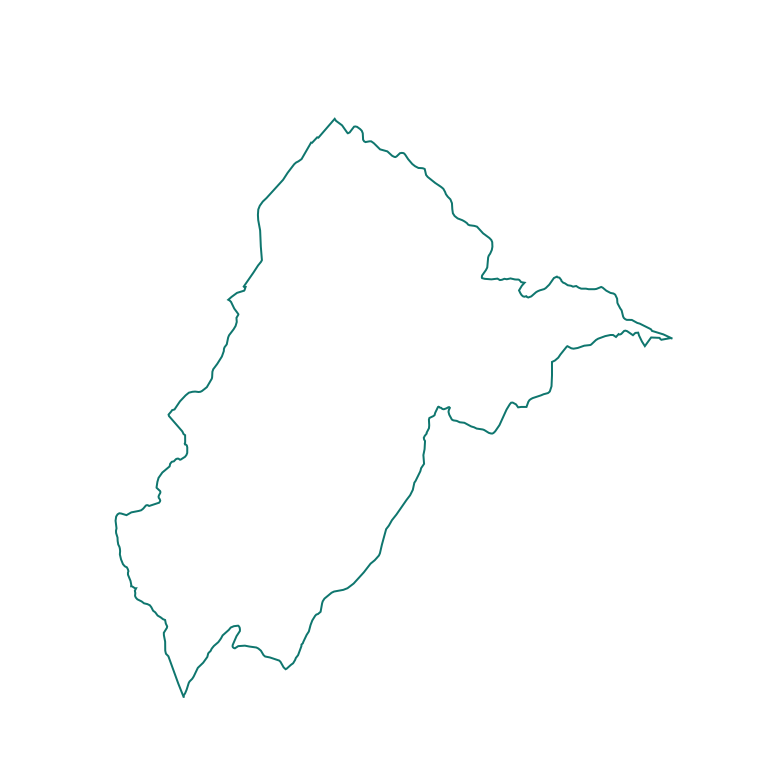 the district of Cucunubá, Cundinamarca, Colombia, rotated 349°
{"feature_id": "7082276B75127006220699", "entity_name": "Cucunubá", "entity_type": "district", "adm_level": 2, "iso_a3": "COL", "parent_name": "Colombia", "parent_adm1": "Cundinamarca", "projection": "robinson", "projection_center": [-73.78, 5.231], "detail": "fine", "context": "isolated", "style": "outline", "palette": "teal", "viewbox_px": 768, "rotation_deg": 349, "n_neighbors": 0, "source": "geoboundaries", "source_scale": "gbopen_adm2", "svg_char_len": 6138}
<svg xmlns="http://www.w3.org/2000/svg" viewBox="0 0 768 768"><g transform="rotate(349 384 384)"><path d="M386.2,114.3L366.6,129.7L365.5,129.1L359.4,133.5L358.5,133.1L346.0,147.5L342.5,149.1L340.0,149.8L337.8,151.1L329.8,158.2L323.9,164.3L304.2,179.0L299.8,181.8L296.1,185.3L293.9,188.7L292.5,193.9L291.8,199.1L291.7,209.7L289.3,225.6L287.8,239.1L286.7,240.5L283.0,243.6L277.2,249.6L264.9,261.6L265.4,262.3L266.6,262.4L265.1,265.1L264.5,265.7L257.1,266.5L251.0,269.4L247.2,271.6L248.4,272.6L249.5,274.2L251.4,281.4L254.3,287.5L254.3,288.1L251.8,290.9L251.3,295.0L249.4,298.7L246.8,301.6L241.2,306.6L239.9,308.6L237.2,315.1L234.5,317.5L233.6,319.0L233.0,321.2L230.1,326.1L224.2,332.4L219.2,336.9L217.9,339.2L216.6,344.5L216.0,345.9L209.5,353.3L204.1,356.1L202.4,356.6L200.5,356.5L197.2,355.4L194.5,355.1L190.8,355.3L187.1,357.3L180.4,362.1L173.5,369.0L170.9,369.3L170.0,370.3L166.7,372.9L166.8,374.4L177.0,392.1L177.7,394.9L179.0,396.3L177.7,403.3L177.0,404.6L177.2,405.4L177.9,405.6L178.7,406.7L178.8,408.6L177.7,414.1L176.5,416.0L174.8,417.5L170.0,419.4L169.3,419.4L168.0,418.1L166.8,417.8L165.4,418.1L163.0,419.8L160.8,419.9L158.9,421.5L157.8,424.0L149.5,428.6L144.8,433.1L142.9,436.8L141.0,442.1L141.0,442.5L143.8,446.4L143.9,447.4L143.6,448.2L141.8,450.4L141.2,451.6L141.2,452.8L141.9,454.3L142.1,455.7L141.8,456.4L140.6,457.6L130.3,458.9L129.8,458.7L129.0,457.9L128.0,457.7L127.0,457.9L123.9,460.4L121.6,461.6L119.2,461.8L111.5,461.8L106.2,463.6L101.3,461.0L99.5,460.4L97.6,461.1L95.8,463.0L94.4,467.0L93.9,474.6L92.9,477.0L92.6,479.2L93.1,483.9L92.6,487.3L92.5,490.8L93.2,493.3L93.3,495.1L93.1,497.6L92.2,500.9L92.4,506.0L93.4,511.1L94.8,513.5L96.6,514.9L97.2,516.9L97.4,519.0L96.7,520.2L96.3,522.3L97.6,529.0L97.6,532.7L97.2,534.3L97.9,534.4L100.6,537.0L101.7,537.2L100.0,539.4L100.0,541.7L99.2,544.5L99.6,546.3L100.8,548.3L104.6,551.2L106.6,553.5L109.7,554.9L111.9,556.5L113.0,558.7L114.1,562.5L115.9,564.5L117.6,568.1L120.2,570.4L122.2,572.7L124.1,573.9L124.1,577.5L124.9,580.6L124.3,582.0L120.4,586.2L120.0,588.6L120.0,595.2L118.4,603.9L118.4,605.4L118.5,607.2L120.4,610.1L124.9,638.8L127.7,653.7L127.9,651.6L129.8,649.6L132.0,646.3L135.3,640.2L136.4,638.9L139.5,636.8L141.4,634.8L147.1,627.1L153.3,623.1L158.5,618.2L160.0,615.0L160.6,614.4L162.8,613.0L164.4,610.9L167.0,608.7L172.1,605.8L175.4,602.7L177.6,600.0L184.7,595.8L187.1,593.8L190.4,593.1L194.7,593.4L195.1,593.8L195.8,595.4L195.8,597.2L195.4,599.0L191.1,603.4L185.7,611.3L185.3,612.5L185.4,613.5L186.1,614.4L187.2,615.0L190.9,613.5L197.5,614.3L201.7,616.0L208.4,618.3L210.2,619.7L212.3,622.3L214.0,627.1L215.3,628.8L219.9,630.7L228.4,635.5L229.4,637.0L231.4,643.0L233.0,645.2L234.1,644.9L239.1,641.9L241.5,640.8L244.1,637.9L245.2,636.1L247.9,633.8L252.9,625.6L253.3,624.0L254.8,623.1L255.7,621.6L260.2,615.5L263.0,612.6L265.9,606.6L268.5,602.4L272.2,598.4L273.6,597.4L275.3,597.2L278.3,595.5L281.4,587.5L282.4,585.6L284.6,583.3L292.7,578.9L295.4,578.2L304.8,578.3L309.2,577.5L316.1,574.1L328.3,565.0L336.5,557.8L341.3,555.2L346.3,551.4L347.7,549.4L351.3,541.3L358.4,526.9L361.8,523.9L365.8,519.2L371.3,514.5L383.9,502.2L388.4,498.2L392.1,493.4L395.0,486.6L396.4,485.3L403.0,476.6L404.4,473.7L408.1,470.0L409.1,461.3L411.4,455.7L413.2,448.6L413.4,447.8L412.8,446.2L412.8,444.4L414.1,442.7L416.4,440.8L416.6,439.9L419.7,436.0L420.5,433.2L421.3,427.5L422.1,426.0L426.4,424.9L427.7,424.2L428.8,422.0L432.6,416.9L433.1,416.7L433.8,417.1L434.3,417.8L435.5,418.3L436.6,419.7L437.9,420.2L440.6,419.8L442.7,419.1L443.6,419.2L444.1,420.0L442.7,421.9L442.0,423.7L442.2,426.6L443.8,431.8L445.1,432.9L448.4,434.1L451.0,436.0L455.5,437.4L461.5,442.3L464.2,443.7L466.4,445.4L472.3,447.5L473.6,448.3L477.6,452.0L479.6,453.0L480.9,453.3L482.1,453.0L484.1,451.7L489.5,446.4L499.4,432.5L503.6,427.9L505.2,426.6L506.8,426.8L509.7,429.2L511.2,432.5L514.4,432.7L519.5,433.7L522.3,429.0L523.8,427.5L525.6,426.7L527.3,426.2L535.9,425.1L538.7,424.5L543.2,424.2L544.9,423.3L545.5,422.7L548.0,418.2L550.6,407.4L553.1,394.4L556.2,393.6L560.1,391.4L562.8,388.7L570.6,382.1L571.3,381.9L574.7,384.7L576.8,385.5L581.0,385.6L587.9,384.6L593.8,385.1L594.9,384.8L600.4,381.3L602.8,380.4L610.3,379.2L615.7,379.1L618.2,379.6L620.7,382.1L623.8,379.8L624.1,380.2L625.2,380.4L626.5,380.1L629.9,377.7L631.2,377.7L632.7,378.5L637.7,383.6L640.5,381.8L643.3,382.1L643.6,385.0L645.3,391.5L647.3,396.6L655.1,389.3L663.3,391.3L663.8,392.5L664.7,393.5L674.1,393.6L675.8,394.5L667.7,388.6L657.2,383.0L656.6,381.4L655.5,380.4L646.5,373.5L644.3,372.4L639.5,368.4L634.4,367.3L633.1,366.3L632.0,364.9L631.6,363.4L631.3,357.1L630.3,354.8L628.8,349.9L628.6,348.8L629.1,344.7L628.0,340.4L626.6,339.0L623.7,337.8L620.0,334.8L617.0,331.1L615.7,330.2L610.6,331.2L608.7,331.1L603.0,330.0L600.3,328.9L595.7,328.0L593.4,326.5L591.4,324.5L588.1,324.5L586.4,323.3L583.2,322.1L580.8,319.7L579.2,318.7L577.8,316.6L577.8,315.7L576.5,313.1L574.5,312.2L574.2,311.6L571.0,312.4L565.2,318.0L561.1,320.7L559.3,321.4L554.8,321.8L552.5,322.3L550.8,322.9L545.3,326.1L542.1,326.6L541.0,325.9L540.5,325.0L538.4,325.1L537.2,324.5L536.1,323.1L535.3,321.2L534.4,317.9L538.1,313.8L541.3,311.4L538.1,310.2L536.9,308.0L536.1,307.2L532.6,306.4L528.3,304.5L524.6,304.6L522.2,303.7L519.7,304.2L517.6,304.1L515.5,302.2L509.5,301.8L503.0,300.0L500.5,298.8L500.4,297.8L501.0,296.2L505.8,291.6L507.6,289.3L510.4,279.6L511.4,277.9L513.0,276.4L515.4,273.0L516.6,270.0L517.3,265.4L516.8,263.1L515.4,260.9L510.0,255.0L505.3,247.3L502.8,246.0L498.3,244.5L497.0,243.6L496.1,241.9L494.2,239.9L492.2,238.2L487.9,235.5L485.4,232.6L484.2,229.6L484.4,225.5L485.2,219.5L484.4,215.4L482.3,212.3L481.0,209.5L480.6,207.1L479.5,203.7L477.9,201.7L472.6,196.4L466.4,189.1L465.2,186.8L465.0,180.8L464.0,180.0L462.6,179.4L459.0,178.5L456.0,176.1L453.7,173.4L450.6,167.9L448.5,162.8L447.7,161.5L446.8,160.9L445.4,160.5L443.7,160.5L439.8,163.0L438.6,163.4L437.6,163.1L435.6,161.6L431.7,156.3L424.9,152.9L419.9,145.6L417.8,143.4L416.1,143.0L412.0,143.0L410.8,142.0L410.1,140.2L411.0,133.8L410.5,131.2L409.3,129.3L406.6,126.4L404.9,125.7L403.7,125.7L398.3,130.5L396.4,131.0L395.9,130.4L392.2,122.1L387.1,116.5L386.2,114.3Z" fill="none" stroke="#0f766e" stroke-width="2"/></g></svg>